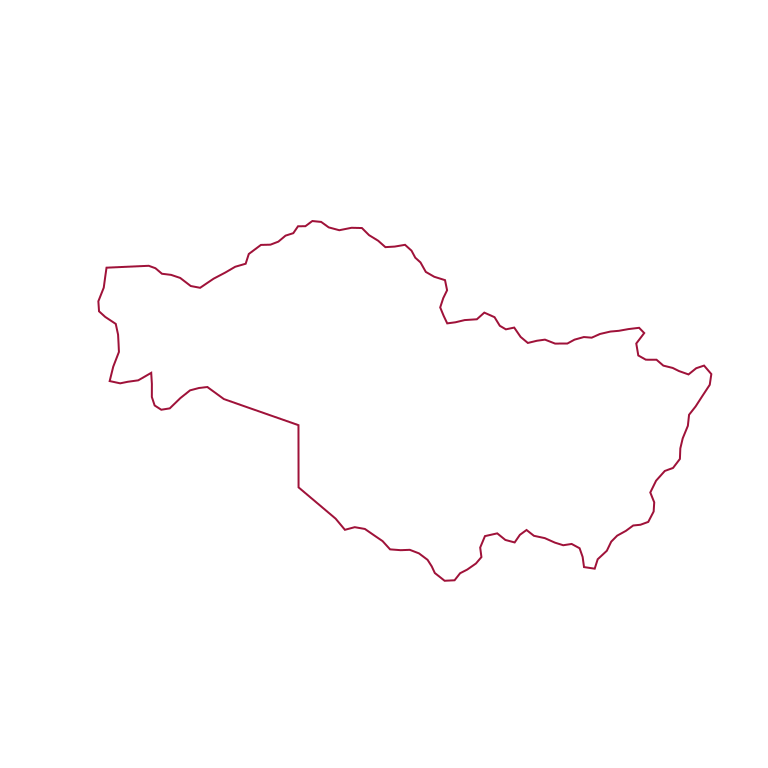 outline of Caturaí, Goiás, Brazil, rotated 204°
{"feature_id": "56859067B16617210056848", "entity_name": "Caturaí", "entity_type": "district", "adm_level": 2, "iso_a3": "BRA", "parent_name": "Brazil", "parent_adm1": "Goiás", "projection": "natural_earth1", "projection_center": [-49.588, -16.454], "detail": "fine", "context": "isolated", "style": "outline", "palette": "rose", "viewbox_px": 768, "rotation_deg": 204, "n_neighbors": 0, "source": "geoboundaries", "source_scale": "gbopen_adm2", "svg_char_len": 2090}
<svg xmlns="http://www.w3.org/2000/svg" viewBox="0 0 768 768"><g transform="rotate(204 384 384)"><path d="M83.2,435.9L87.1,445.7L89.0,455.8L89.4,469.4L92.8,480.0L90.2,490.2L88.3,502.4L86.1,515.8L89.0,526.2L99.1,531.0L105.2,525.4L109.7,516.6L119.8,515.8L126.8,516.1L136.3,514.4L144.9,517.0L154.7,512.7L163.3,513.5L170.0,523.6L167.0,536.4L173.8,539.1L183.0,533.6L191.1,528.1L198.5,524.0L207.1,517.5L213.1,510.8L220.5,508.2L228.0,502.0L233.0,495.5L244.2,490.5L255.0,490.0L261.9,485.7L269.3,480.0L278.4,482.6L288.0,488.5L294.9,483.5L301.9,484.3L310.2,490.0L321.4,490.0L325.5,480.9L336.3,475.2L343.9,469.4L350.9,465.1L357.3,470.6L363.8,476.8L364.8,486.6L364.5,495.3L370.5,503.7L381.7,502.4L391.4,503.4L400.1,509.9L406.8,512.1L413.1,517.0L421.4,519.7L430.1,513.9L438.4,509.6L447.6,512.5L458.2,513.9L467.6,517.5L477.2,513.5L487.4,506.3L498.2,504.6L507.3,506.5L515.8,503.7L520.0,496.2L526.7,493.1L528.2,484.9L534.3,479.5L538.4,471.1L544.4,465.1L553.0,461.0L560.4,447.8L559.3,437.6L567.6,430.6L574.3,421.3L582.5,410.9L587.0,403.7L591.1,397.1L600.4,394.9L613.3,398.0L622.9,397.1L631.7,394.4L639.9,396.8L647.0,396.3L684.8,377.4L682.5,369.3L679.2,358.0L678.6,343.4L673.9,334.5L666.0,331.9L653.5,329.8L647.0,320.9L642.8,312.7L639.2,305.5L638.4,289.7L635.8,275.1L625.3,277.3L619.0,281.8L610.0,287.4L601.2,299.5L596.1,289.7L590.8,277.7L584.8,271.1L577.0,269.9L569.8,274.6L564.3,288.3L558.6,299.3L551.4,305.1L544.2,309.4L524.1,305.1L445.4,311.6L420.0,254.8L373.4,241.3L360.4,234.9L352.5,241.3L342.5,243.8L330.8,241.6L321.4,239.9L311.2,235.4L301.1,239.0L293.0,243.0L283.2,243.5L272.7,241.1L266.2,236.8L260.7,232.0L248.6,228.9L239.7,233.4L237.5,242.1L232.5,248.3L227.0,257.4L224.6,265.5L229.6,273.7L229.9,286.1L219.8,293.6L209.7,290.9L200.2,292.4L198.5,301.5L194.4,308.6L185.3,306.3L174.4,308.6L163.3,308.6L154.7,309.6L147.5,314.2L138.5,313.5L132.2,306.8L126.8,298.1L116.4,301.0L117.5,310.8L112.6,322.3L112.3,332.4L109.3,340.3L103.3,348.2L98.8,356.1L92.5,359.7L86.5,365.5L85.8,377.2L89.0,385.8L96.6,393.2L96.1,406.4L92.1,418.8L85.8,424.9L83.2,435.9Z" fill="none" stroke="#9f1239" stroke-width="2"/></g></svg>